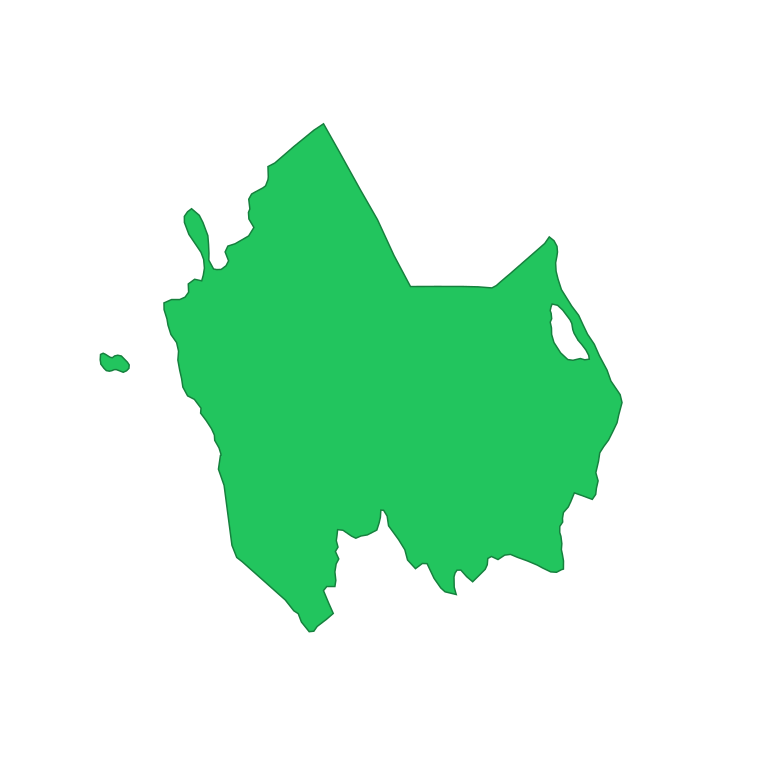 Krokom, Jämtland, Sweden, rotated 53°
{"feature_id": "70781695B96181238671333", "entity_name": "Krokom", "entity_type": "district", "adm_level": 2, "iso_a3": "SWE", "parent_name": "Sweden", "parent_adm1": "Jämtland", "projection": "robinson", "projection_center": [14.211, 63.788], "detail": "fine", "context": "isolated", "style": "filled", "palette": "green", "viewbox_px": 768, "rotation_deg": 53, "n_neighbors": 0, "source": "geoboundaries", "source_scale": "gbopen_adm2", "svg_char_len": 3304}
<svg xmlns="http://www.w3.org/2000/svg" viewBox="0 0 768 768"><g transform="rotate(53 384 384)"><path d="M366.0,163.5L368.5,171.1L371.9,218.0L372.1,222.3L372.6,230.1L373.0,235.1L372.2,240.0L363.1,250.3L352.9,263.2L336.9,284.4L322.1,304.2L287.5,298.7L248.8,290.3L213.9,285.9L169.8,279.7L139.8,275.7L139.1,287.1L140.1,313.0L141.8,338.3L140.5,345.8L149.0,351.8L150.9,353.6L154.5,359.3L154.5,362.6L153.2,370.8L152.6,375.4L155.0,380.8L163.5,385.8L165.4,389.0L170.9,392.6L180.7,393.7L184.3,403.0L182.4,418.5L179.9,425.7L182.9,431.4L192.1,434.0L194.5,439.0L194.5,445.1L192.0,448.7L189.6,450.9L179.7,449.4L174.2,445.1L166.9,440.1L159.5,435.4L146.1,431.4L138.1,430.0L128.2,432.2L128.2,437.2L130.0,442.6L134.9,446.2L147.2,449.8L161.3,450.5L168.7,450.9L176.0,453.1L183.4,457.7L188.3,462.8L191.9,467.5L186.4,472.2L186.3,480.1L193.1,484.8L194.9,490.6L193.6,496.4L188.7,502.9L186.8,510.9L192.3,514.9L201.5,518.2L207.0,521.1L216.3,524.4L226.1,524.7L234.1,528.3L237.2,531.0L240.8,534.2L250.1,538.9L258.1,542.5L265.4,546.5L275.3,548.0L282.1,544.7L293.2,544.7L296.9,548.0L306.1,548.0L316.0,548.7L322.7,550.2L327.1,553.1L335.7,554.2L341.8,556.4L342.8,557.1L342.6,557.6L352.4,567.5L368.7,572.7L421.3,602.5L433.9,606.0L440.5,604.2L497.7,592.7L497.9,592.8L507.4,592.6L510.9,592.5L515.8,590.7L524.4,593.2L536.8,592.8L539.2,588.8L537.4,583.3L537.3,571.3L536.7,562.6L525.5,560.0L512.6,556.7L511.3,551.6L516.2,545.1L511.9,540.7L504.5,536.3L498.9,530.5L496.5,525.4L488.5,523.6L486.6,518.9L480.4,516.4L476.7,512.7L472.4,508.7L476.1,504.8L485.9,501.5L490.2,499.3L491.5,493.9L494.5,488.1L496.3,477.6L492.0,471.5L488.3,467.1L482.8,462.4L484.6,460.3L491.4,461.0L500.0,465.7L517.2,466.0L528.9,467.1L538.7,471.1L550.4,470.0L550.4,461.4L553.4,457.7L562.1,459.5L569.4,461.0L581.1,461.4L586.7,460.3L595.6,453.0L594.5,452.6L588.5,450.2L580.2,444.2L577.8,441.1L576.6,437.7L578.9,434.6L587.7,433.9L595.3,432.2L594.1,423.3L592.9,414.7L590.5,410.3L585.8,406.1L586.4,402.0L592.8,398.6L593.3,390.6L596.2,385.5L602.6,381.8L611.5,376.0L620.8,370.6L626.3,368.1L634.4,363.9L638.2,359.5L639.1,354.0L639.8,352.1L633.3,347.1L627.5,344.1L623.0,342.0L618.6,338.1L612.2,334.4L608.3,333.0L603.5,329.3L601.8,324.4L598.7,322.3L594.6,318.0L593.1,310.8L590.4,305.7L585.5,297.5L591.4,293.6L601.5,287.1L599.6,281.4L595.1,277.1L590.2,271.3L582.3,268.2L574.8,259.2L568.8,253.1L566.2,246.2L563.9,238.4L560.1,230.7L555.2,221.2L550.0,215.2L542.1,205.1L534.6,201.8L518.2,201.0L507.1,197.5L491.0,195.0L479.1,192.2L478.3,192.1L466.8,191.5L456.4,189.4L446.3,187.2L434.8,187.2L415.4,185.5L405.0,181.9L397.5,178.7L390.5,174.0L386.0,169.0L383.0,166.0L378.2,163.0L371.9,162.0L366.0,163.5ZM465.5,202.7L471.3,202.3L478.4,202.3L484.4,203.3L487.7,205.1L485.5,209.1L481.8,211.9L479.9,216.2L478.8,218.8L475.1,222.5L465.4,224.2L453.1,223.3L445.3,220.3L440.0,216.5L434.6,214.0L432.8,210.8L428.2,208.0L425.4,207.1L423.0,204.3L421.3,201.6L425.6,198.0L432.5,196.8L444.7,196.8L448.7,197.6L454.2,200.5L458.0,201.7L465.4,202.6L465.5,202.7ZM193.9,596.1L196.4,597.4L197.6,598.2L203.0,598.2L206.2,597.7L208.5,595.6L209.6,593.2L210.1,591.0L211.3,589.2L213.6,587.7L217.7,585.2L218.5,581.7L218.0,578.3L215.4,576.0L212.1,575.8L203.6,576.9L200.8,579.3L199.5,582.2L199.5,585.2L197.7,586.7L192.6,588.6L190.4,589.8L189.8,592.6L193.9,596.1Z" fill="#22c55e" stroke="#15803d" stroke-width="1.5"/></g></svg>